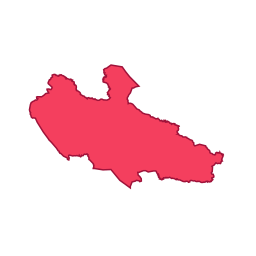 the district of Tarkwa Nsuaem, Western, Ghana, rotated 289°
{"feature_id": "2480657B19905724513669", "entity_name": "Tarkwa Nsuaem", "entity_type": "district", "adm_level": 2, "iso_a3": "GHA", "parent_name": "Ghana", "parent_adm1": "Western", "projection": "natural_earth1", "projection_center": [-2.01, 5.137], "detail": "fine", "context": "isolated", "style": "filled", "palette": "rose", "viewbox_px": 256, "rotation_deg": 289, "n_neighbors": 0, "source": "geoboundaries", "source_scale": "gbopen_adm2", "svg_char_len": 5789}
<svg xmlns="http://www.w3.org/2000/svg" viewBox="0 0 256 256"><g transform="rotate(289 128 128)"><path d="M182.0,91.4L177.5,88.2L176.7,86.9L175.2,86.0L174.7,86.3L174.4,86.7L172.7,87.1L172.3,87.8L172.4,88.1L171.7,87.9L171.4,88.4L171.0,88.5L170.6,89.1L170.8,90.2L170.5,90.1L169.9,90.8L169.2,90.7L169.6,90.0L168.5,89.9L168.6,89.0L168.0,89.0L167.4,89.5L167.8,88.6L167.2,88.4L166.4,88.4L166.3,88.9L165.9,88.6L165.7,89.2L165.3,89.3L164.9,88.9L163.6,89.4L163.5,90.0L163.4,90.6L163.7,91.0L163.5,91.8L163.7,93.0L163.1,94.0L163.1,94.5L162.5,94.8L162.2,95.3L161.3,95.7L161.1,95.4L161.2,96.4L160.8,96.8L160.4,96.6L160.4,97.0L160.0,97.1L159.9,97.8L159.5,97.9L159.4,98.2L159.0,97.9L158.8,98.5L158.6,98.4L157.8,98.1L157.6,97.7L156.6,97.7L154.7,97.0L154.5,97.5L152.9,97.8L152.9,98.2L153.4,98.2L153.6,98.8L152.4,99.8L151.7,99.6L150.9,101.4L149.0,100.6L147.5,99.0L146.6,95.7L146.8,94.1L146.5,93.0L144.9,91.8L144.3,90.4L144.4,88.0L144.8,87.4L144.1,86.8L144.4,86.4L144.1,85.8L144.3,84.6L144.6,84.4L144.1,83.9L144.3,83.3L143.7,82.8L143.6,81.8L144.0,81.1L143.2,79.9L142.4,80.0L142.5,79.1L143.2,78.2L143.1,77.2L143.9,75.9L143.6,74.9L144.1,73.2L144.1,72.2L144.3,71.9L145.3,71.8L146.1,70.6L146.7,68.5L146.6,67.4L146.9,66.9L147.2,66.6L147.5,66.8L148.3,66.1L149.9,65.9L151.2,65.1L151.5,64.5L151.3,63.7L151.4,63.4L151.8,63.3L151.8,62.8L152.2,62.5L152.7,62.7L154.0,62.0L153.9,59.9L154.3,59.6L154.8,60.1L155.3,60.0L155.0,58.5L155.5,58.4L155.5,57.9L155.4,57.5L154.8,57.1L155.0,54.3L154.5,53.9L154.3,53.4L155.5,53.1L155.3,52.3L155.8,52.1L155.9,50.8L156.3,50.4L156.3,49.3L156.1,48.8L156.6,47.6L156.1,46.8L156.2,46.4L155.4,46.2L155.3,45.5L154.5,45.5L154.3,45.1L154.3,44.0L154.8,43.4L154.3,42.7L154.9,41.7L154.6,40.6L153.4,39.1L152.9,39.2L151.6,40.0L150.5,38.9L149.1,39.0L148.1,38.5L148.1,38.0L144.9,37.7L144.0,38.1L141.9,42.9L140.6,43.1L139.2,42.6L139.1,40.5L138.4,38.8L137.7,39.0L135.3,41.6L133.8,39.0L131.7,37.9L129.4,36.2L128.0,31.9L127.5,31.5L126.3,32.1L126.2,33.3L125.2,33.0L124.5,32.3L124.3,31.2L123.4,30.8L122.2,29.5L120.5,28.2L118.5,28.1L113.1,28.9L111.8,29.7L111.0,30.8L110.4,30.6L110.1,31.0L109.2,31.1L108.7,31.8L106.8,33.1L106.3,34.5L106.8,35.3L107.1,37.3L103.9,40.3L96.5,49.4L91.7,56.4L91.2,56.8L89.5,60.3L85.6,67.0L83.7,69.4L83.7,70.1L83.4,70.6L82.7,70.8L82.5,71.4L81.9,71.9L82.0,73.0L80.4,76.2L80.0,80.0L79.5,80.6L78.6,81.0L78.5,82.4L80.5,82.2L81.1,81.5L82.4,80.9L82.9,80.9L83.3,81.4L83.6,85.0L84.2,85.8L84.8,87.9L85.4,88.7L85.3,90.0L85.6,90.8L86.3,90.8L85.6,91.7L85.3,92.5L85.7,92.9L87.0,93.0L86.8,93.6L87.4,94.7L88.6,94.9L89.1,95.4L89.3,97.0L90.2,97.6L89.6,99.0L88.6,99.0L87.5,100.6L85.5,101.3L85.3,102.3L82.9,106.9L82.3,107.1L81.7,107.9L81.1,107.8L79.9,108.4L79.4,108.2L78.4,108.3L78.8,109.5L80.3,118.0L83.2,125.4L75.9,137.3L72.1,149.7L73.5,149.2L78.3,149.4L80.3,152.4L81.1,152.8L81.3,153.2L81.7,155.8L81.1,156.5L81.9,157.7L82.2,157.9L84.4,157.0L85.9,155.0L86.8,152.9L89.2,151.7L89.4,152.5L92.7,156.5L93.4,158.6L93.0,161.4L95.8,166.3L96.4,168.3L95.9,169.2L95.5,169.3L94.5,170.4L94.4,171.4L93.7,171.3L93.6,171.9L93.3,171.7L93.2,172.2L92.5,172.3L92.5,173.0L91.5,172.9L91.1,173.4L91.3,173.9L91.0,174.1L90.8,174.9L90.1,174.6L90.1,176.4L90.5,176.7L90.2,177.0L90.9,177.7L91.2,177.5L91.2,177.8L91.5,177.8L91.5,178.2L92.5,177.9L92.6,178.7L93.1,179.2L93.0,179.6L93.5,179.8L93.7,180.3L93.4,181.1L94.0,181.5L94.1,182.4L95.0,183.5L94.5,185.7L95.0,186.3L95.0,187.2L95.3,188.1L94.8,190.4L95.1,190.8L95.8,190.7L95.9,191.2L95.3,192.2L95.8,193.9L95.4,197.6L95.9,199.6L96.3,199.8L96.8,200.9L96.9,202.1L96.4,202.8L97.1,203.9L97.9,203.8L98.6,204.0L99.0,204.7L99.3,207.3L99.8,208.1L99.6,209.6L99.8,210.8L100.4,211.4L100.4,212.0L100.8,213.1L100.4,214.8L100.6,215.7L101.1,216.8L101.5,217.2L101.8,218.4L103.1,219.3L102.8,220.8L103.5,220.7L103.6,222.9L104.2,223.6L104.6,223.5L104.7,224.2L106.3,224.4L106.3,224.8L106.8,225.0L107.6,223.7L108.3,223.6L109.2,225.0L110.4,224.9L112.0,223.6L111.7,222.5L112.3,221.6L113.1,221.3L114.0,221.9L118.4,220.7L119.1,219.8L120.7,221.3L123.7,222.5L123.4,224.1L124.2,225.3L124.5,227.0L125.4,227.2L126.0,226.9L127.3,227.6L127.5,227.9L128.1,227.1L128.6,227.2L129.0,226.8L132.4,227.0L132.8,226.4L133.6,226.9L134.2,226.3L134.0,225.6L134.2,225.1L133.7,224.9L134.2,224.3L134.4,223.1L134.9,222.7L134.5,222.7L134.3,222.8L134.1,222.6L134.2,221.6L133.6,221.2L133.9,220.6L133.9,219.9L132.8,219.0L131.8,219.3L130.8,218.9L130.9,217.9L130.6,217.0L131.2,215.8L131.1,214.4L131.3,213.6L132.6,213.0L133.3,212.3L134.1,210.0L135.3,208.7L135.5,207.8L136.4,207.2L135.9,201.0L133.0,197.2L132.9,196.7L133.8,195.5L135.4,195.0L136.0,193.5L136.9,193.1L137.2,192.3L137.1,190.7L137.7,188.1L137.6,187.3L138.3,186.6L138.2,186.1L138.3,185.3L137.7,183.9L137.4,182.6L138.1,181.6L137.8,179.2L138.5,177.5L138.4,177.0L138.9,177.5L139.8,176.0L140.8,175.5L141.2,175.5L142.0,176.2L143.4,176.2L145.3,175.1L145.9,175.1L146.3,175.7L146.6,175.4L146.5,175.0L146.3,174.9L146.6,173.1L146.2,172.9L146.5,172.0L146.3,171.4L146.7,170.8L147.2,170.8L147.0,170.3L147.2,169.9L146.7,169.3L146.5,168.3L145.9,168.1L146.1,167.9L146.1,167.2L146.5,167.0L146.2,166.0L146.8,165.5L147.3,163.4L147.1,163.3L147.3,163.0L147.2,162.7L146.3,162.9L145.7,161.4L146.2,160.9L146.9,161.2L147.4,160.9L147.2,160.4L146.7,160.2L146.9,159.6L145.9,159.7L145.5,159.1L145.8,158.5L145.4,158.2L146.2,157.3L145.2,156.1L146.2,154.7L146.5,153.5L146.9,153.1L146.2,152.4L145.7,151.4L145.9,151.2L145.9,150.0L146.2,149.2L146.0,148.4L146.5,148.0L146.3,146.9L145.9,146.3L146.1,145.5L147.1,144.9L147.4,143.2L146.8,140.0L146.9,136.6L147.4,136.0L148.1,133.7L148.8,132.6L148.9,130.2L151.9,125.0L152.2,123.7L152.2,122.3L151.8,121.2L151.1,120.3L152.3,119.9L152.9,119.3L154.2,119.0L154.9,117.9L156.6,117.5L158.3,117.9L159.5,117.9L162.0,118.8L167.1,118.9L167.6,120.2L169.4,121.8L171.1,124.7L177.0,112.8L180.5,107.3L183.9,102.6L182.0,91.4Z" fill="#f43f5e" stroke="#9f1239" stroke-width="1.5"/></g></svg>